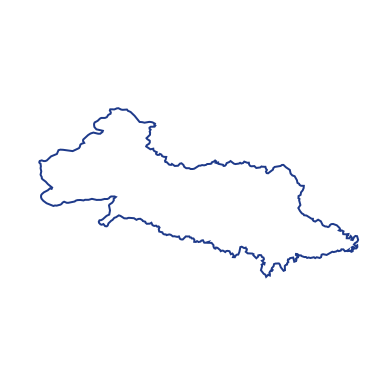 Vazante, Minas Gerais, Brazil (Natural Earth projection), rotated 74°
{"feature_id": "56859067B85827505111721", "entity_name": "Vazante", "entity_type": "district", "adm_level": 2, "iso_a3": "BRA", "parent_name": "Brazil", "parent_adm1": "Minas Gerais", "projection": "natural_earth1", "projection_center": [-46.846, -17.863], "detail": "fine", "context": "isolated", "style": "outline", "palette": "blue", "viewbox_px": 384, "rotation_deg": 74, "n_neighbors": 0, "source": "geoboundaries", "source_scale": "gbopen_adm2", "svg_char_len": 6034}
<svg xmlns="http://www.w3.org/2000/svg" viewBox="0 0 384 384"><g transform="rotate(74 192 192)"><path d="M167.2,329.1L167.2,327.4L167.8,325.8L167.9,321.8L167.4,320.5L166.5,319.3L166.1,317.6L167.9,315.3L168.3,313.8L168.8,307.4L168.3,306.3L168.2,304.5L168.9,301.5L170.2,298.6L170.0,296.9L171.0,293.6L171.0,290.1L173.3,285.9L174.5,281.6L174.6,277.9L175.4,275.4L175.2,273.7L174.3,272.3L174.0,271.0L175.0,267.6L175.8,266.6L177.0,269.2L178.5,269.5L179.4,270.5L180.3,271.7L181.3,274.8L182.1,275.5L187.1,275.9L190.9,277.8L191.4,280.7L193.7,285.5L194.0,287.3L193.7,288.7L194.7,289.7L195.9,289.9L197.9,288.9L198.6,287.7L198.4,286.0L200.9,284.9L201.5,283.4L201.0,282.3L199.1,280.9L197.3,277.5L197.0,276.2L195.4,273.8L195.3,272.0L194.3,268.8L195.2,267.4L198.6,264.4L199.5,261.8L199.3,260.5L199.7,259.0L201.2,255.0L203.4,253.1L203.1,251.0L203.5,249.1L205.4,247.5L206.4,247.2L207.7,245.1L208.8,245.1L210.1,244.2L210.8,241.2L210.4,239.5L213.0,239.1L214.2,237.7L214.5,235.7L215.8,235.0L215.9,233.6L217.2,233.0L218.5,234.2L221.0,234.4L222.6,231.6L223.8,231.5L225.1,230.4L225.5,228.9L226.4,228.4L226.5,225.6L227.2,224.3L229.4,222.6L229.6,221.3L231.1,218.5L231.1,216.8L233.6,216.5L234.6,215.5L235.1,214.0L233.0,210.2L234.0,206.8L235.1,206.5L235.6,205.3L236.6,205.0L237.1,203.4L238.7,202.9L240.5,203.6L241.1,202.0L240.6,200.7L241.9,199.5L242.0,197.5L241.3,196.4L241.4,194.8L244.1,194.2L244.5,193.0L244.5,189.8L245.2,190.7L246.3,187.2L249.0,186.0L250.5,186.4L252.3,186.0L252.9,185.0L252.0,184.2L252.7,182.9L255.5,181.0L256.8,180.7L256.6,179.2L257.1,178.1L258.9,176.6L258.2,175.3L258.4,173.9L259.3,172.3L262.5,171.8L262.3,170.1L263.4,169.7L264.6,169.5L265.9,170.5L266.5,168.8L265.2,167.6L264.6,166.2L264.9,164.8L262.7,163.0L258.3,160.7L258.3,159.3L260.3,157.3L260.3,155.7L261.3,155.7L262.1,155.0L263.4,155.7L264.3,156.8L266.3,155.4L267.8,151.0L268.7,150.0L269.6,150.5L273.4,148.4L272.3,146.2L271.2,145.8L271.2,144.4L271.9,142.9L273.8,142.6L274.7,141.4L276.3,141.3L277.3,142.4L277.4,143.7L279.4,142.8L280.1,141.7L281.4,142.4L280.5,143.3L281.1,145.1L282.3,144.9L286.2,147.3L290.4,145.6L291.6,144.3L294.0,144.1L292.6,141.6L293.7,140.2L292.3,139.7L291.1,139.9L290.0,139.0L289.4,138.0L290.0,137.1L289.2,136.0L288.2,136.8L287.1,136.1L285.9,134.1L283.9,133.0L283.8,131.5L284.6,128.2L285.8,127.6L288.8,127.4L293.0,125.7L292.8,124.2L288.7,123.2L288.0,122.0L287.9,120.6L286.8,120.3L285.9,118.7L284.5,118.9L283.3,118.3L283.5,117.2L282.6,115.9L282.9,112.8L287.2,112.9L287.1,111.0L286.0,110.3L285.0,110.7L284.2,109.4L284.0,108.1L282.7,107.8L282.1,108.9L281.2,109.5L280.2,109.1L280.6,108.0L282.7,106.2L282.9,104.8L283.9,104.2L285.5,101.9L285.9,100.4L287.1,99.5L287.1,98.0L288.1,96.3L288.3,92.8L289.5,91.8L289.1,90.1L290.6,87.4L290.2,85.9L288.0,84.7L287.9,83.2L289.6,79.9L288.1,73.6L288.8,72.3L288.9,69.6L288.4,68.1L289.3,67.2L289.3,65.1L288.3,64.2L288.9,62.3L291.0,61.4L291.3,59.3L290.7,57.5L291.8,58.2L292.2,56.3L293.4,55.3L293.2,53.9L291.8,53.4L291.8,54.6L290.5,53.4L289.3,53.7L289.0,52.6L289.9,51.6L291.2,50.9L291.5,49.5L290.4,48.2L288.8,47.9L289.2,49.4L287.1,50.8L286.2,49.6L285.3,46.8L283.8,45.5L280.0,45.5L279.3,47.0L280.0,48.6L282.5,50.8L281.8,52.0L280.8,51.1L279.5,51.0L278.1,51.6L279.9,53.5L279.1,56.0L277.1,55.3L276.6,53.8L275.5,53.2L275.1,55.8L274.2,58.2L272.9,58.1L271.6,57.2L270.3,58.5L270.3,60.1L269.4,61.3L268.7,59.9L267.2,60.1L263.9,62.0L261.6,65.2L261.3,67.0L261.9,68.6L262.9,69.4L263.2,70.9L262.3,72.1L261.8,73.5L259.9,75.5L255.7,76.2L253.4,78.4L254.4,81.7L253.4,83.1L252.2,83.6L251.1,83.2L250.7,84.4L246.2,88.4L245.2,90.7L244.2,90.9L242.8,92.3L240.1,93.4L236.7,94.2L234.4,91.4L229.5,91.3L228.3,90.6L227.3,91.4L225.3,90.7L224.7,88.4L222.4,87.3L220.9,85.1L219.0,83.6L216.9,82.8L216.1,85.4L214.9,86.6L213.6,86.8L212.3,88.1L209.6,87.9L205.1,89.0L203.7,91.0L201.5,92.1L197.7,91.9L194.1,94.9L191.2,96.6L190.8,98.1L191.4,99.7L190.7,105.6L191.5,107.3L192.8,108.0L195.0,113.7L194.4,115.0L192.8,115.3L191.4,113.9L190.0,114.5L188.0,114.5L187.2,117.1L186.6,118.2L187.2,119.6L186.6,123.6L184.3,124.9L183.6,128.0L182.8,129.0L181.3,129.5L179.5,129.3L179.2,130.7L177.2,133.4L178.2,134.9L178.2,136.8L177.2,137.7L177.6,139.1L177.1,142.6L176.3,143.9L172.9,146.4L173.5,148.1L173.8,150.7L175.2,151.9L175.9,153.3L175.6,154.5L174.4,154.7L172.2,158.9L170.9,158.7L171.0,160.3L170.3,161.3L169.2,160.3L168.1,161.1L168.6,162.1L169.0,164.8L170.0,165.5L170.0,166.8L169.3,169.7L169.8,171.1L169.7,173.0L168.9,174.9L169.0,176.8L168.6,178.0L170.2,183.3L170.1,185.0L169.5,187.0L168.3,188.2L167.5,191.0L165.7,192.5L163.6,192.8L161.5,194.2L161.4,195.7L162.9,198.2L162.2,201.4L159.5,203.6L160.2,204.6L159.4,206.4L156.3,208.1L155.8,209.3L154.6,209.4L153.8,208.5L151.2,207.1L150.5,209.2L149.3,210.8L147.6,211.1L146.5,212.4L147.2,213.3L146.9,214.8L145.9,215.9L144.9,215.9L144.0,214.9L142.2,217.0L141.0,217.5L139.7,217.3L139.5,220.2L135.6,223.5L134.6,222.7L133.7,219.8L132.5,218.8L131.0,218.5L128.9,220.4L127.7,220.9L125.4,216.6L123.3,215.9L122.4,216.1L120.6,214.6L119.5,215.4L118.4,215.1L117.9,213.6L118.9,210.0L118.0,208.9L117.0,209.7L116.1,208.8L114.2,210.7L113.3,212.4L112.8,213.8L112.3,218.5L111.1,220.7L110.2,223.1L102.9,226.2L98.1,229.0L96.3,231.2L94.8,231.8L93.9,236.0L93.2,237.4L91.2,239.6L90.9,241.1L91.2,243.8L90.0,247.8L90.9,248.5L93.1,248.1L94.3,248.7L94.8,251.2L96.6,253.3L96.8,255.3L95.8,258.8L96.1,260.3L97.6,263.1L98.3,266.4L99.6,267.4L101.4,267.8L102.6,267.9L104.0,267.3L105.4,266.6L108.6,260.8L109.6,261.5L110.7,264.2L110.2,266.0L107.7,270.4L107.8,273.4L108.6,276.1L111.6,282.1L112.9,282.7L115.1,282.1L115.2,284.9L115.7,286.2L117.8,287.5L118.7,288.6L119.8,295.4L115.9,304.3L115.0,306.9L115.0,308.8L118.2,311.4L118.9,317.6L121.7,323.0L121.8,324.5L121.3,326.2L120.2,327.7L120.2,329.8L121.2,330.6L122.2,330.5L123.0,329.8L125.7,330.2L127.4,331.0L130.6,331.2L133.7,332.8L136.3,332.3L137.4,332.6L138.4,332.3L141.7,329.8L144.8,328.3L149.2,325.2L150.3,326.1L149.4,327.6L150.6,330.1L151.5,334.5L152.6,336.8L153.5,337.9L155.2,338.5L156.9,338.5L159.4,337.4L162.7,334.9L167.2,329.1ZM291.8,53.4L291.3,52.3L290.5,53.4L291.8,53.4Z" fill="none" stroke="#1e3a8a" stroke-width="2"/></g></svg>